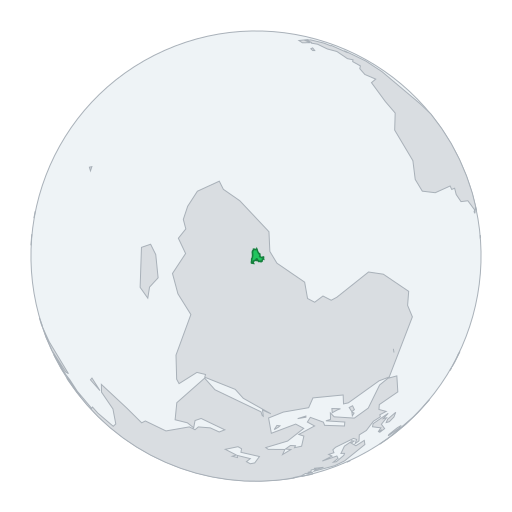 globe centered on Bié, rotated 156°
{"feature_id": "AGO-1886", "entity_name": "Bié", "entity_type": "Province", "adm_level": 1, "iso_a3": "AGO", "parent_name": "Angola", "parent_adm1": "", "projection": "orthographic", "projection_center": [17.419, -12.443], "detail": "fine", "context": "on_globe", "style": "filled", "palette": "green", "viewbox_px": 512, "rotation_deg": 156, "n_neighbors": 0, "source": "natural_earth", "source_scale": "10m", "svg_char_len": 7844}
<svg xmlns="http://www.w3.org/2000/svg" viewBox="0 0 512 512"><g transform="rotate(156 256 256)"><circle cx="256" cy="256" r="225" fill="#eef3f6" stroke="#a8b0b8"/><path d="M125.5,72.4L123.7,73.6L122.7,74.4L125.5,72.4ZM36.0,207.7L35.2,212.1L38.5,206.2L37.6,209.5L40.0,220.3L46.6,222.3L48.1,230.7L47.0,237.1L50.1,237.2L50.2,241.0L66.5,240.9L77.7,247.6L79.4,261.2L73.9,279.3L78.1,314.6L70.7,330.0L75.0,344.4L80.0,367.4L74.7,368.9L82.7,377.5L85.0,384.9L83.3,387.2L88.6,394.2L87.6,395.8L92.2,399.1L98.9,409.9L106.6,416.1L113.7,424.5L118.8,427.9L118.4,428.4L120.2,430.6L123.1,432.8L118.2,431.2L107.4,422.9L102.2,417.6L101.6,417.7L89.6,404.4L91.9,407.7L76.5,389.6L65.9,373.1L44.2,328.4L41.0,320.7L38.5,314.6L34.5,297.0L31.9,279.2L30.8,261.3L31.1,243.3L32.8,225.4L36.0,207.7ZM129.1,435.4L120.0,432.4L123.9,433.4L119.6,428.8L126.9,431.9L129.1,435.4ZM119.6,423.1L118.8,419.8L120.6,420.6L121.6,423.0L119.6,423.1ZM325.0,41.6L329.1,43.0L330.6,43.5L328.1,42.6L343.4,48.4L358.2,55.2L372.5,63.2L386.1,72.1L399.1,82.0L411.3,92.8L422.7,104.5L433.3,117.0L442.9,130.2L451.5,144.0L459.1,158.5L465.6,173.4L471.0,188.8L475.3,204.6L478.5,220.6L478.6,221.2L477.7,216.2L473.4,199.0L476.1,213.8L479.6,231.1L480.9,248.3L479.8,240.3L478.0,225.1L476.4,218.6L474.3,205.2L468.1,183.7L466.8,184.5L464.4,176.8L455.7,158.5L452.4,159.6L448.9,174.5L452.5,194.4L449.5,201.6L435.8,169.4L428.3,150.1L424.2,150.3L409.4,132.8L386.4,127.0L382.4,122.1L378.2,123.3L367.7,117.6L361.2,110.2L355.2,109.9L372.2,129.9L378.6,130.5L382.8,124.4L386.5,131.5L396.5,139.3L388.0,154.2L352.6,165.3L347.9,150.5L314.8,111.6L315.2,107.8L315.0,107.4L314.5,106.6L312.7,112.7L306.6,105.8L325.5,131.2L329.2,142.6L352.1,166.1L350.3,168.3L357.3,173.7L378.2,170.7L378.6,175.7L369.4,198.0L339.3,229.0L342.7,253.2L339.4,274.0L319.3,286.9L319.7,303.8L309.1,309.3L307.5,319.0L298.2,329.2L283.2,339.0L259.1,339.3L258.7,330.2L248.3,313.0L234.3,272.9L241.5,254.5L239.8,240.9L222.2,212.3L226.2,196.2L221.2,189.9L211.1,192.2L205.3,185.0L199.1,185.4L159.7,195.6L147.1,187.6L130.9,161.6L137.6,149.2L137.9,136.8L183.5,91.3L194.3,91.9L231.4,84.3L236.2,85.3L232.9,93.6L261.7,103.2L269.6,96.0L294.5,102.3L310.4,102.9L314.1,87.8L288.1,86.3L282.5,79.1L302.4,74.1L325.0,77.0L323.5,74.4L308.3,67.5L312.5,63.8L302.9,65.0L307.5,67.7L301.6,68.9L297.1,66.6L298.8,65.2L291.7,63.7L285.5,72.0L289.5,75.6L271.6,76.9L276.6,83.4L272.0,86.5L262.0,76.8L262.2,73.4L244.3,64.7L242.4,68.2L259.2,77.0L254.4,76.4L251.9,82.4L250.0,77.3L232.1,67.9L215.3,71.4L195.5,87.9L185.3,90.6L176.1,89.2L181.7,74.2L203.8,70.1L206.1,65.8L200.3,61.1L207.5,60.6L207.8,58.5L216.0,57.3L226.2,51.7L234.4,50.6L237.1,45.2L241.7,44.3L238.7,47.5L241.1,49.7L261.1,48.9L264.6,47.7L264.8,44.6L270.3,45.2L267.9,42.3L278.8,41.7L263.5,40.4L263.3,37.8L269.2,36.2L266.3,35.4L256.8,38.2L255.4,39.7L258.7,41.1L252.6,46.3L246.0,47.5L241.9,42.0L232.1,43.5L233.2,39.5L258.4,32.8L269.5,32.4L290.6,35.8L288.8,36.6L280.3,35.5L289.3,38.4L288.0,37.2L292.6,38.1L293.5,36.7L296.8,37.3L292.1,35.3L296.3,35.9L299.2,37.2L304.1,36.7L312.4,38.4L311.9,38.1L309.1,37.3L321.4,40.5L320.5,40.2L316.1,38.9L311.5,37.7L311.2,37.6L325.0,41.6ZM169.2,111.7L168.3,115.2L168.3,115.3L169.2,111.7ZM350.0,89.1L362.7,91.9L354.9,82.2L359.1,82.7L354.9,79.4L354.3,81.5L343.6,73.2L348.4,72.0L345.7,68.5L341.3,67.5L334.4,71.4L349.6,82.8L347.6,85.8L350.0,89.1ZM38.7,205.9L38.8,207.7L38.0,208.6L38.7,205.9ZM43.4,181.7L43.6,181.6L42.6,183.9L43.4,181.7ZM117.6,78.2L122.1,74.9L116.1,79.4L114.7,80.8L110.3,84.9L112.2,82.9L108.9,85.6L108.9,85.4L117.6,78.2ZM201.6,50.4L204.8,50.9L202.2,53.3L191.9,56.4L195.5,52.8L201.6,50.4ZM209.9,51.3L208.7,46.0L215.1,44.5L211.7,46.1L216.0,45.6L211.8,48.2L219.0,52.6L217.2,55.2L199.2,58.5L206.0,55.7L202.5,55.1L209.9,51.3ZM194.5,41.4L194.1,40.7L208.4,37.9L207.2,38.9L196.8,41.6L192.2,42.1L194.5,41.4ZM219.7,33.7L213.6,34.8L212.0,35.1L210.1,35.5L208.9,36.0L207.1,36.2L203.3,37.1L207.0,36.4L177.3,45.0L166.3,49.5L158.0,53.5L156.0,54.1L157.1,53.6L172.2,46.9L187.7,41.3L203.6,36.9L219.7,33.7ZM241.0,82.1L244.6,82.3L250.1,81.8L248.7,85.8L241.0,82.1ZM228.6,75.6L231.8,74.9L232.5,79.7L228.7,79.9L228.6,75.6ZM233.0,70.8L231.9,74.5L230.3,72.6L233.0,70.8ZM241.6,47.0L244.9,46.4L245.5,47.1L243.9,48.4L241.6,47.0ZM256.9,30.7L255.7,30.7L252.9,30.7L253.2,30.7L256.9,30.7ZM310.0,90.0L305.8,92.7L303.2,91.1L305.2,90.5L310.0,90.0ZM276.0,88.4L284.1,90.5L275.5,89.5L276.0,88.4ZM260.6,30.8L260.3,30.8L260.2,30.8L260.6,30.8ZM372.6,401.1L372.1,404.9L369.6,404.4L372.6,401.1ZM374.6,274.5L357.1,310.5L347.5,309.6L347.0,298.1L354.3,275.9L365.9,270.9L372.0,261.5L374.6,274.5ZM479.1,287.5L479.2,286.4L479.5,280.5L480.0,277.4L479.9,281.0L479.1,287.5ZM480.0,277.1L479.8,261.7L475.2,224.8L477.0,227.5L480.8,252.6L480.7,255.4L480.9,266.6L480.0,277.1ZM453.3,196.5L457.6,210.2L455.5,211.2L453.3,196.5ZM296.5,34.4L298.0,34.8L303.9,36.1L294.9,34.3L292.5,33.7L296.5,34.4ZM439.4,386.8L440.7,385.0L443.5,380.9L439.4,386.8ZM452.0,367.1L457.2,357.3L457.0,357.8L452.0,367.1Z" fill="#d9dde1" stroke="#a8b0b8" stroke-width="1"/><path d="M252.9,248.7L253.0,248.7L252.9,248.8L253.0,248.9L253.1,249.1L253.3,249.1L253.4,249.3L253.5,249.4L253.8,249.4L254.0,249.3L254.5,249.5L254.8,249.6L255.0,249.6L255.2,249.8L255.3,249.8L255.5,249.8L255.7,250.0L255.8,250.0L255.8,250.3L256.0,250.5L256.1,250.8L256.1,251.0L255.9,251.1L256.0,251.3L256.2,251.5L256.4,251.8L256.4,252.0L256.4,252.3L256.2,252.4L256.2,252.5L256.3,252.8L256.3,253.0L256.7,253.2L256.8,253.1L257.1,253.0L257.2,252.9L257.5,252.5L257.6,252.4L257.6,252.0L257.6,251.8L257.8,251.9L257.8,252.0L257.9,252.3L258.0,252.4L258.3,252.4L258.3,252.5L258.5,252.5L258.8,252.5L259.2,252.4L259.3,252.4L259.5,252.4L259.7,252.5L259.8,252.5L259.9,252.4L260.0,252.4L260.2,252.1L260.3,252.1L260.5,252.0L260.9,251.8L261.1,251.8L261.4,251.8L261.5,251.7L261.4,251.5L261.4,251.4L261.2,251.3L261.2,251.2L261.3,251.1L261.3,250.9L261.2,250.7L261.2,250.3L261.2,250.2L262.0,250.7L262.2,250.9L262.4,251.0L262.5,251.2L262.9,251.3L263.0,251.4L263.0,251.5L262.9,251.7L262.9,251.8L262.8,252.0L262.7,252.2L262.6,252.3L262.4,252.5L262.4,252.8L262.3,253.0L262.2,253.1L262.0,253.3L261.9,253.4L261.8,253.5L261.7,253.6L261.6,253.8L261.5,254.0L261.6,254.3L261.5,254.5L261.3,254.7L261.2,254.8L261.0,255.0L261.0,255.3L260.8,255.4L260.6,255.5L260.3,255.7L260.2,255.8L259.9,256.1L259.8,256.3L259.8,256.5L259.7,256.6L259.5,256.8L259.4,256.9L259.4,257.0L258.9,257.5L258.9,257.9L258.9,258.1L258.7,258.2L258.7,258.3L258.5,258.5L258.4,258.6L258.4,258.8L258.5,259.1L258.5,259.3L258.4,259.4L258.3,259.5L258.2,259.5L258.0,259.8L258.1,260.0L258.0,260.3L258.0,260.6L257.9,260.7L257.8,260.8L257.5,260.9L257.4,261.0L257.5,261.2L257.5,261.5L257.4,261.7L257.3,261.8L257.2,261.8L257.0,262.0L256.9,262.1L256.7,262.1L256.4,262.2L256.2,262.2L256.1,262.4L255.9,262.6L255.7,262.7L255.7,262.8L255.7,263.0L255.6,263.3L255.4,263.3L255.1,263.1L254.9,263.0L254.7,262.9L254.5,262.7L254.4,262.4L254.3,262.2L254.2,262.1L253.9,262.1L253.7,262.2L253.4,262.1L253.2,262.1L252.9,262.1L252.5,262.1L252.4,262.2L252.4,261.5L252.4,261.4L252.4,261.2L252.5,261.2L252.5,260.9L252.6,260.4L252.6,260.0L252.6,259.9L252.6,259.3L252.6,259.1L252.6,258.9L252.6,258.4L252.5,257.8L252.5,257.6L252.5,257.4L252.5,257.2L252.3,257.2L252.1,257.1L252.0,256.9L251.9,256.8L251.8,256.6L251.7,256.5L251.7,256.4L251.8,256.3L251.9,256.2L252.0,256.2L252.0,255.9L252.0,255.6L251.9,255.5L251.9,255.4L251.9,255.2L252.0,255.1L252.3,254.9L252.5,254.7L252.6,254.4L252.7,254.2L252.8,254.2L252.8,253.9L252.7,253.9L252.6,253.7L252.4,253.6L252.4,253.4L252.1,253.1L251.9,252.9L251.7,252.7L251.7,252.4L251.4,252.2L251.2,252.2L250.7,252.1L250.2,252.3L249.9,252.2L249.6,252.1L249.7,251.9L249.7,251.7L249.7,251.4L249.8,251.3L250.0,251.0L250.1,250.8L250.2,250.7L250.3,250.1L250.5,250.3L250.9,250.3L251.1,250.3L251.3,250.3L251.4,250.2L251.6,249.9L251.8,249.7L252.1,249.5L252.2,249.4L252.3,249.3L252.5,249.1L252.8,248.9L252.8,248.7L252.9,248.7Z" fill="#22c55e" stroke="#15803d" stroke-width="1.5"/></g></svg>